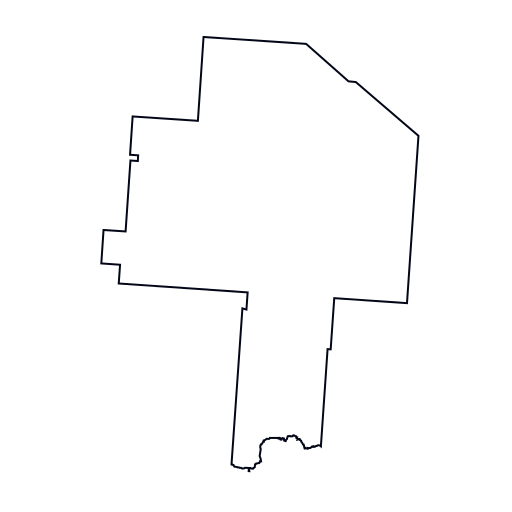 76, Al Khawr, Qatar (Albers equal-area conic projection), rotated 274°
{"feature_id": "91078587B47360643234421", "entity_name": "76", "entity_type": "district", "adm_level": 2, "iso_a3": "QAT", "parent_name": "Qatar", "parent_adm1": "Al Khawr", "projection": "albers", "projection_center": [51.019, 25.84], "detail": "fine", "context": "isolated", "style": "outline", "palette": "ink", "viewbox_px": 512, "rotation_deg": 274, "n_neighbors": 0, "source": "geoboundaries", "source_scale": "gbopen_adm2", "svg_char_len": 1843}
<svg xmlns="http://www.w3.org/2000/svg" viewBox="0 0 512 512"><g transform="rotate(274 256 256)"><path d="M470.8,188.4L432.6,188.5L386.8,188.6L386.6,123.2L348.2,123.3L348.2,131.4L342.5,131.5L342.5,124.1L326.5,124.1L271.4,124.2L271.3,102.1L237.8,102.2L237.8,121.0L219.0,121.0L219.1,250.2L201.9,250.2L202.8,246.1L46.9,246.1L46.9,246.3L46.2,246.3L45.9,248.2L45.3,248.4L44.4,249.1L44.2,251.6L43.9,252.0L43.9,253.8L43.6,254.2L43.6,255.7L43.3,256.7L43.0,257.0L43.4,259.2L44.0,259.9L44.0,263.7L40.9,263.7L40.9,264.3L41.2,264.2L44.0,264.0L44.2,265.3L43.9,265.6L43.6,266.5L43.6,267.8L44.4,268.1L44.5,268.7L45.3,269.5L48.1,269.6L48.3,270.3L49.0,270.6L49.7,273.7L50.3,273.9L50.6,274.2L51.5,274.2L52.0,274.7L51.8,275.3L54.0,274.8L56.8,273.6L63.7,274.2L64.6,273.9L64.9,273.6L67.4,273.6L67.7,273.9L68.4,274.0L68.5,274.7L68.9,274.9L69.6,275.4L71.3,276.1L72.1,276.4L71.8,276.9L72.7,277.0L73.2,278.1L74.4,279.4L74.4,281.6L74.9,282.3L75.5,282.5L76.0,290.3L75.4,291.0L75.4,291.3L75.5,291.4L76.2,291.6L76.2,292.5L75.2,292.7L74.6,293.2L74.6,294.1L75.2,294.1L75.4,294.7L75.5,294.9L76.2,295.0L75.9,296.6L74.0,296.9L74.0,298.2L73.4,298.2L73.4,298.5L74.6,298.7L75.5,299.6L78.3,300.2L78.5,300.4L78.8,302.6L78.5,302.9L78.7,305.1L79.3,305.2L79.7,305.7L79.7,306.6L79.1,307.6L79.0,308.5L78.0,308.8L78.0,309.5L77.1,309.2L76.5,310.7L75.8,310.4L76.0,311.0L76.4,311.5L76.5,312.3L75.5,312.6L75.4,313.2L74.9,313.9L74.0,314.0L73.0,315.0L71.2,316.1L71.2,316.7L70.5,316.8L70.2,317.1L68.1,317.6L68.1,318.2L67.4,318.2L67.6,319.2L67.4,320.8L68.1,320.8L67.9,321.7L68.2,322.3L68.2,323.3L68.5,323.9L69.8,325.1L70.2,326.4L69.6,326.4L69.8,328.0L70.7,329.2L70.7,329.8L71.3,330.5L71.6,331.4L71.3,333.3L70.7,334.0L168.1,333.9L168.1,337.0L219.4,337.0L219.5,409.9L387.2,409.7L436.5,343.4L436.7,336.1L471.1,291.2L471.1,285.6L470.8,188.4Z" fill="none" stroke="#020617" stroke-width="2"/></g></svg>